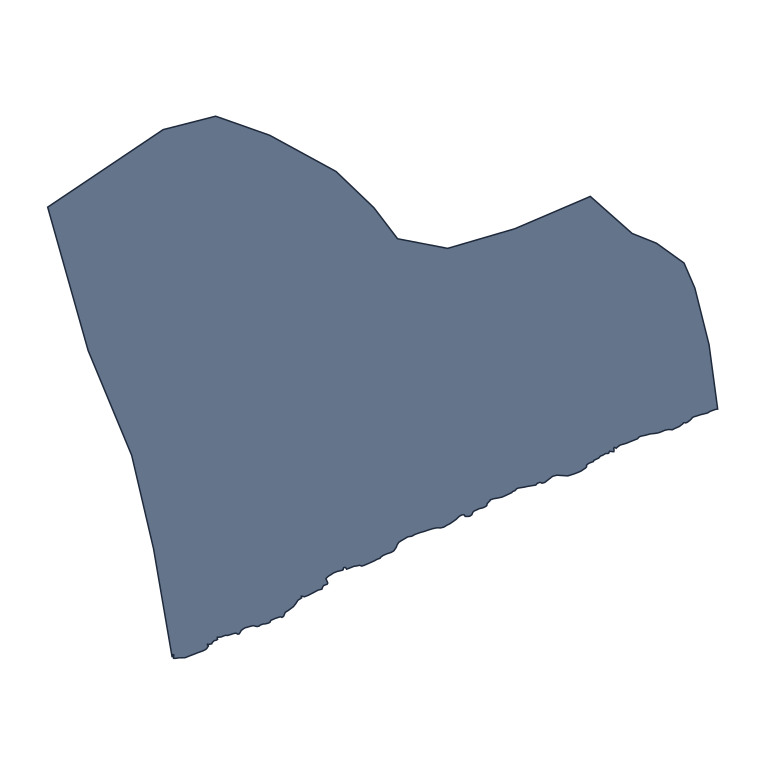 outline of Qusir, Al Bahr al Ahmar, Egypt, rotated 89°
{"feature_id": "37247803B34734253794751", "entity_name": "Qusir", "entity_type": "district", "adm_level": 2, "iso_a3": "EGY", "parent_name": "Egypt", "parent_adm1": "Al Bahr al Ahmar", "projection": "equal_earth", "projection_center": [34.284, 25.954], "detail": "fine", "context": "isolated", "style": "filled", "palette": "slate", "viewbox_px": 768, "rotation_deg": 89, "n_neighbors": 0, "source": "geoboundaries", "source_scale": "gbopen_adm2", "svg_char_len": 3410}
<svg xmlns="http://www.w3.org/2000/svg" viewBox="0 0 768 768"><g transform="rotate(89 384 384)"><path d="M653.5,600.6L652.1,600.3L650.9,599.8L651.2,598.9L653.6,599.2L654.6,599.2L654.7,597.6L654.2,593.5L654.2,587.7L652.2,582.4L650.8,578.5L649.3,574.5L647.6,569.5L646.3,566.9L645.2,565.7L644.5,565.2L643.9,564.9L642.9,564.1L642.2,564.6L641.7,565.2L641.0,564.9L641.3,563.7L640.8,560.8L639.5,560.2L637.7,558.4L637.2,556.0L636.3,554.8L635.5,555.2L634.3,555.1L634.3,553.6L634.1,551.3L632.5,547.0L632.7,544.9L632.1,542.6L630.8,538.4L630.6,536.7L630.8,535.7L631.6,534.6L631.3,533.1L627.8,530.9L626.1,528.5L625.4,527.3L624.7,524.5L624.0,522.0L623.3,518.9L624.0,516.6L624.3,514.9L623.8,513.0L622.9,512.0L621.9,509.1L621.8,507.2L621.4,505.1L621.0,503.7L620.3,502.2L618.4,501.3L616.4,496.6L615.9,494.9L615.1,492.3L615.0,491.1L615.6,490.2L614.7,488.6L614.2,488.3L610.6,486.7L608.8,483.7L605.0,478.4L602.0,476.0L598.6,473.7L597.1,471.1L596.4,470.1L595.7,470.5L594.7,470.3L595.0,468.6L595.4,467.4L594.0,463.5L591.0,457.5L588.9,453.4L588.1,449.7L585.8,448.8L584.4,447.8L583.7,445.7L583.2,444.3L582.1,443.7L580.8,444.1L577.7,445.5L575.9,443.8L574.8,442.3L573.3,439.6L572.4,438.5L571.5,436.4L570.6,434.0L569.9,430.8L569.5,429.0L568.9,428.0L568.0,428.0L566.9,427.5L566.7,426.1L567.7,425.0L568.5,424.6L567.7,422.3L565.8,417.3L565.4,414.1L564.8,411.6L565.7,409.4L564.9,406.9L563.7,403.9L560.5,396.4L559.2,394.1L558.2,391.0L557.2,390.4L555.5,388.0L553.9,384.3L552.5,379.7L550.9,377.0L547.5,374.6L545.0,373.6L542.6,372.0L541.0,369.5L538.8,365.6L537.2,362.8L536.7,358.9L534.8,355.3L533.1,350.2L532.2,346.6L530.8,342.3L529.6,338.2L529.0,335.5L528.7,333.1L528.9,330.0L528.2,326.8L526.1,323.2L524.9,320.6L523.2,318.0L520.5,314.1L517.7,311.2L516.9,309.7L516.2,308.4L516.1,306.3L517.0,305.6L517.8,305.2L517.9,302.5L517.7,300.5L516.2,298.4L513.9,297.5L512.5,296.0L511.6,293.7L510.3,290.9L509.5,287.1L508.1,284.2L507.3,283.3L505.5,283.0L503.8,281.4L502.4,279.9L501.6,279.7L501.2,278.2L500.7,276.8L500.2,273.5L499.7,270.6L499.1,267.8L497.7,264.5L494.9,258.3L493.6,257.0L493.0,255.0L492.2,254.2L491.1,253.3L490.4,251.6L490.0,248.7L489.6,245.6L488.9,242.3L487.7,234.0L486.1,232.6L485.0,229.8L485.4,228.6L485.9,228.0L485.8,227.0L485.2,224.9L482.7,221.6L480.2,218.3L479.2,216.9L478.6,214.5L478.2,212.5L478.5,209.3L478.8,205.3L479.1,201.9L478.3,199.1L477.1,195.2L475.5,190.8L474.4,188.3L472.9,186.1L471.8,184.3L470.8,183.2L470.3,182.9L468.8,183.0L467.0,180.9L466.2,178.8L465.2,176.0L464.1,175.6L462.9,173.1L461.9,170.7L459.8,168.8L459.2,166.8L458.6,165.8L457.4,163.7L457.4,161.9L457.2,160.6L455.2,159.7L455.7,156.2L455.7,155.4L454.0,155.1L452.3,155.5L451.4,154.7L451.9,153.6L452.3,153.0L451.3,151.9L449.2,149.0L447.9,144.1L447.3,142.1L446.2,139.4L444.6,135.2L443.2,131.5L442.1,130.5L441.4,129.8L440.7,128.2L439.8,123.4L438.5,118.4L438.2,114.2L437.6,110.4L436.3,106.7L435.2,104.1L434.5,100.6L434.6,97.9L434.9,96.8L433.5,93.9L431.6,89.4L429.1,86.0L428.0,85.2L427.9,83.9L428.2,83.1L427.6,81.4L425.8,78.9L424.1,77.1L422.9,76.2L422.2,74.7L421.2,71.1L420.2,67.9L419.3,63.9L419.1,62.8L418.5,60.7L417.1,58.5L415.2,53.1L414.9,50.8L350.3,58.3L293.5,71.5L268.3,81.9L248.0,109.1L237.8,133.3L200.0,174.5L201.5,178.0L231.1,250.7L249.0,316.2L249.5,318.0L249.0,320.4L239.0,367.9L207.6,391.0L170.7,428.2L133.3,494.0L113.3,547.7L125.8,600.4L201.3,717.2L345.5,679.2L451.0,637.5L544.7,617.3L653.5,600.6Z" fill="#64748b" stroke="#1e293b" stroke-width="1.5"/></g></svg>